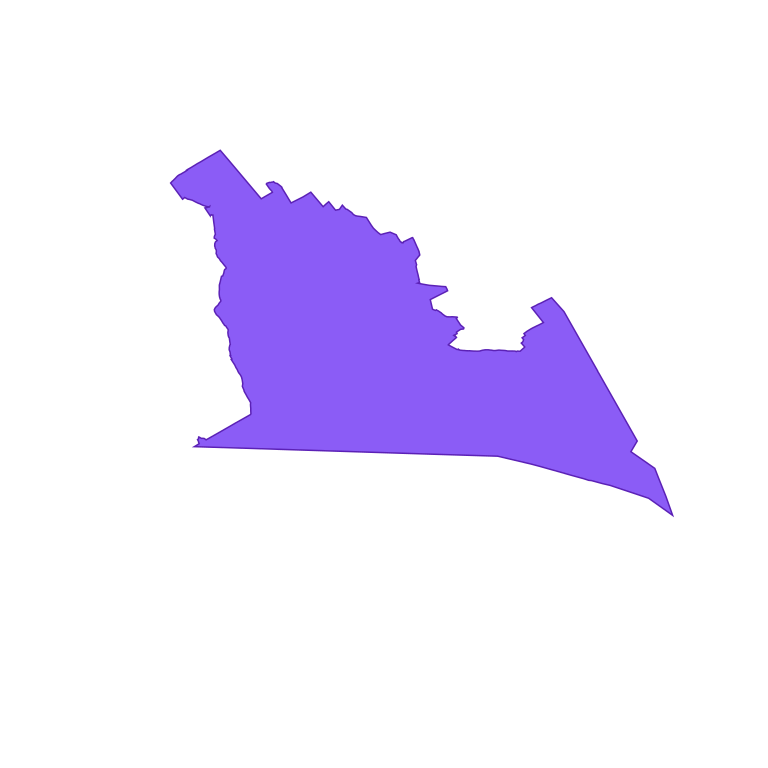 outline of General Pánfilo Natera, Zacatecas, Mexico, rotated 137°
{"feature_id": "50627088B90633980293506", "entity_name": "General Pánfilo Natera", "entity_type": "district", "adm_level": 2, "iso_a3": "MEX", "parent_name": "Mexico", "parent_adm1": "Zacatecas", "projection": "equal_earth", "projection_center": [-102.129, 22.703], "detail": "fine", "context": "isolated", "style": "filled", "palette": "violet", "viewbox_px": 768, "rotation_deg": 137, "n_neighbors": 0, "source": "geoboundaries", "source_scale": "gbopen_adm2", "svg_char_len": 6036}
<svg xmlns="http://www.w3.org/2000/svg" viewBox="0 0 768 768"><g transform="rotate(137 384 384)"><path d="M262.5,91.1L261.3,93.8L254.5,109.5L247.2,128.3L243.5,137.6L249.6,166.1L237.7,169.6L227.8,210.9L219.6,245.1L219.1,247.6L218.9,247.7L203.0,314.2L202.6,332.8L207.8,334.4L213.7,336.1L215.5,336.7L215.6,336.8L217.4,337.4L219.3,337.8L221.2,338.4L223.1,339.0L224.0,339.2L225.5,320.2L229.5,321.3L231.8,322.0L232.9,322.4L233.3,322.5L234.4,322.8L236.6,323.5L238.9,324.1L241.4,324.6L243.3,325.0L246.9,325.4L247.3,325.4L247.6,323.1L251.5,323.6L251.6,322.1L251.6,321.3L253.2,320.4L253.9,320.2L255.7,320.3L255.7,319.8L255.7,319.0L255.8,316.6L255.8,315.1L256.0,315.0L257.1,315.0L258.9,315.1L260.8,315.1L262.0,315.1L262.7,315.7L264.1,317.2L265.2,317.5L265.7,318.7L268.5,321.4L268.6,321.5L271.0,323.7L271.7,324.7L272.6,325.9L274.1,327.5L274.7,328.1L276.0,329.5L276.8,330.4L279.8,332.6L281.1,333.8L281.3,334.1L282.3,335.4L282.7,335.8L284.5,338.0L285.7,339.1L286.6,339.9L287.7,340.7L288.2,341.0L288.9,341.5L290.0,342.1L290.4,342.3L291.1,342.6L292.0,343.2L293.5,344.5L294.8,345.8L296.0,346.9L296.2,347.2L296.5,347.5L298.1,349.2L298.6,349.8L299.6,350.7L300.9,352.0L301.8,353.0L302.4,353.7L303.2,354.5L303.4,354.7L305.3,356.9L305.6,357.4L305.6,357.8L306.0,358.1L305.8,358.8L307.0,359.3L308.5,363.5L310.3,368.8L310.1,368.9L309.9,368.9L306.7,368.8L305.3,368.8L303.9,368.8L302.2,368.7L299.9,368.6L299.6,368.7L299.2,368.7L299.2,369.0L299.2,369.6L299.1,370.8L299.6,370.9L299.8,372.0L298.0,371.5L296.2,371.0L295.7,372.5L293.6,372.2L290.6,371.7L289.4,370.8L288.3,370.0L287.6,370.3L287.2,370.7L287.3,371.2L287.8,375.2L287.7,375.3L286.5,382.6L284.4,382.6L284.5,382.6L288.3,386.7L289.4,387.6L290.5,388.6L292.1,390.2L292.9,392.0L293.1,392.8L293.2,393.6L293.5,395.0L293.6,396.2L293.6,396.9L294.4,400.3L294.9,401.6L295.1,402.5L296.3,402.8L297.5,405.6L292.6,414.2L273.9,408.8L273.2,410.5L272.5,413.1L275.6,416.4L276.1,417.0L277.8,418.9L278.7,419.9L279.8,421.1L281.2,422.7L282.3,423.9L283.4,425.1L285.1,427.3L286.6,429.3L287.6,430.6L288.0,431.2L288.1,431.3L289.0,432.5L290.6,434.8L288.7,434.0L288.2,435.1L287.5,436.4L287.1,436.3L286.0,438.4L284.7,440.5L283.2,443.3L281.7,445.9L280.8,447.4L280.6,447.9L279.2,448.8L278.7,449.1L278.4,450.0L278.0,450.6L276.9,452.9L276.1,453.1L274.5,453.3L271.8,453.7L270.7,453.8L270.0,453.9L269.9,454.2L269.6,454.3L269.5,454.6L269.2,455.0L268.5,456.3L268.2,456.9L267.9,457.1L267.8,457.6L267.7,457.9L267.5,458.4L267.4,458.7L267.4,458.9L267.3,459.2L267.1,459.5L267.0,459.9L266.9,460.0L266.5,461.4L263.7,469.4L263.7,470.0L263.2,471.5L263.5,471.8L272.2,474.5L272.4,474.7L272.9,474.6L273.4,474.3L273.6,474.2L274.2,474.6L274.5,475.0L274.4,475.2L274.7,475.4L274.8,475.6L274.6,475.9L274.7,476.2L274.9,476.7L274.9,477.4L274.8,478.0L274.5,479.1L274.4,480.6L274.1,481.7L273.9,482.5L273.8,483.2L273.5,483.9L273.3,484.8L276.0,490.9L277.8,491.9L281.2,493.8L284.5,495.5L285.1,498.8L285.3,501.4L285.5,505.2L285.0,508.9L283.3,517.8L286.9,522.5L289.1,525.1L290.1,526.6L290.8,528.8L290.7,531.3L291.7,536.2L291.8,536.7L292.6,538.0L292.5,543.2L297.5,542.1L300.9,544.2L300.1,555.0L303.8,555.2L307.6,555.2L306.7,574.2L315.8,576.1L328.5,579.8L327.5,584.6L327.1,586.4L326.4,589.7L324.9,597.1L324.5,597.4L324.6,599.1L324.9,600.9L325.1,602.2L325.3,603.4L326.1,604.5L326.5,605.1L326.7,606.1L326.8,607.3L327.6,607.5L328.3,608.1L329.2,608.6L329.7,608.9L330.3,609.6L331.0,609.9L331.7,610.2L332.8,610.7L333.7,610.5L334.5,605.0L334.5,602.2L334.5,601.5L334.9,600.3L343.4,602.3L346.3,602.9L347.5,603.2L345.0,653.0L344.4,666.6L352.3,668.4L352.8,668.5L358.3,669.8L366.4,671.5L368.8,672.1L370.3,672.5L373.0,673.0L374.9,673.4L377.4,673.9L381.1,674.8L382.4,675.0L382.3,674.6L383.3,674.8L384.2,674.9L385.2,675.1L387.2,675.6L388.2,675.8L389.2,676.0L390.1,676.3L391.0,676.7L391.9,676.7L392.0,676.7L392.6,676.9L394.0,676.9L396.7,676.7L398.1,676.7L399.3,676.6L400.4,676.7L402.9,676.5L403.0,676.5L405.3,656.5L402.5,656.3L401.5,653.1L400.3,651.5L399.7,650.5L398.9,649.2L398.4,647.9L398.3,647.5L397.6,645.5L397.0,644.0L396.5,642.7L395.8,641.5L395.5,640.5L394.4,637.9L393.2,635.7L392.5,634.5L391.5,633.3L391.0,632.9L390.4,632.8L390.9,632.5L394.9,634.9L396.4,625.5L396.0,625.8L395.3,625.6L394.8,625.4L394.9,625.1L393.9,624.3L397.6,619.2L401.9,613.1L402.3,613.0L405.3,608.4L405.8,608.3L406.0,608.3L407.6,607.5L408.7,606.5L408.2,604.9L408.2,602.7L410.3,602.9L412.1,602.0L413.7,600.4L414.2,599.3L414.9,598.3L415.2,596.6L416.1,595.4L417.9,593.8L418.2,592.5L419.0,590.7L419.1,590.2L419.0,589.0L419.0,587.9L419.5,585.7L419.5,583.8L419.6,582.2L419.8,580.0L419.9,577.7L420.2,576.4L421.3,576.1L422.4,576.4L423.6,575.8L425.5,574.4L428.3,573.0L429.4,573.6L432.7,571.4L433.7,570.7L435.1,569.8L436.9,568.7L438.2,567.3L440.0,565.3L441.7,563.8L443.2,562.2L444.1,561.0L445.0,559.7L445.4,558.7L445.8,558.2L446.1,556.8L446.5,556.2L447.1,555.8L448.3,555.7L449.6,555.5L451.1,555.0L452.3,554.9L453.8,555.0L455.6,554.8L457.4,554.1L458.4,552.6L459.3,549.0L459.1,547.3L459.0,544.9L459.2,543.8L459.7,540.7L460.2,538.6L460.4,536.4L460.7,535.6L460.1,534.5L460.5,532.7L460.8,530.2L461.5,529.4L462.9,528.3L463.8,527.2L465.0,525.5L465.6,524.2L465.7,523.2L467.0,521.4L468.6,519.1L469.5,517.7L470.1,517.7L472.3,516.2L473.9,514.6L474.6,512.8L475.5,511.2L476.1,510.9L476.6,509.5L477.3,509.7L478.2,506.0L479.0,506.2L479.6,502.9L480.2,499.6L481.1,496.9L481.5,494.7L482.1,493.1L482.6,491.4L482.8,488.9L483.4,486.5L484.6,484.2L485.8,482.4L487.1,480.5L489.2,478.9L490.5,475.3L491.3,473.9L492.1,470.5L492.9,467.5L493.4,464.8L494.3,461.2L495.5,460.2L496.7,458.8L498.0,457.1L499.6,455.4L500.7,454.1L501.6,453.0L502.5,452.7L504.6,453.2L518.6,456.6L529.1,459.0L549.8,463.9L552.2,464.5L552.6,466.7L553.5,467.8L554.5,468.6L555.1,470.1L555.2,470.9L555.7,471.6L557.1,470.4L558.3,470.5L558.7,468.9L559.4,467.7L559.9,466.4L561.9,466.8L563.0,467.0L563.5,467.1L564.5,467.3L565.4,467.5L459.7,362.5L425.5,328.5L394.4,297.6L350.2,253.8L331.0,225.1L326.3,217.6L318.7,205.1L309.1,189.2L302.5,178.5L300.6,175.1L300.1,174.1L298.1,171.8L292.1,162.1L287.8,155.7L268.4,120.0L262.5,91.1Z" fill="#8b5cf6" stroke="#5b21b6" stroke-width="1.5"/></g></svg>